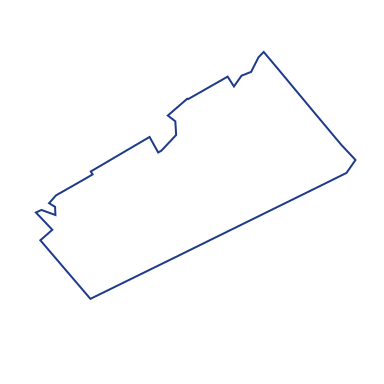 Berkshire, Massachusetts, United States of America, rotated 228°
{"feature_id": "52423323B53838763724441", "entity_name": "Berkshire", "entity_type": "district", "adm_level": 2, "iso_a3": "USA", "parent_name": "United States of America", "parent_adm1": "Massachusetts", "projection": "equal_earth", "projection_center": [-73.138, 42.393], "detail": "fine", "context": "isolated", "style": "outline", "palette": "blue", "viewbox_px": 384, "rotation_deg": 228, "n_neighbors": 0, "source": "geoboundaries", "source_scale": "gbopen_adm2", "svg_char_len": 648}
<svg xmlns="http://www.w3.org/2000/svg" viewBox="0 0 384 384"><g transform="rotate(228 192 192)"><path d="M152.7,143.0L142.8,178.1L113.1,283.0L102.8,319.6L106.4,334.9L109.4,334.9L126.8,334.5L171.0,336.1L171.5,336.1L190.7,336.9L191.3,336.9L191.7,336.9L224.4,338.2L248.1,339.0L247.6,331.6L241.7,316.3L245.3,306.7L242.4,293.8L253.9,295.7L263.6,251.3L264.5,250.9L265.0,225.2L255.7,226.9L245.0,218.4L243.2,196.8L244.0,193.3L261.3,197.3L275.0,130.5L271.6,129.9L272.8,123.9L280.5,88.6L279.3,78.3L272.6,80.3L266.3,75.1L279.4,68.1L281.2,62.3L257.4,62.9L257.6,47.0L219.6,46.0L180.6,45.0L152.7,143.0Z" fill="none" stroke="#1e3a8a" stroke-width="2"/></g></svg>